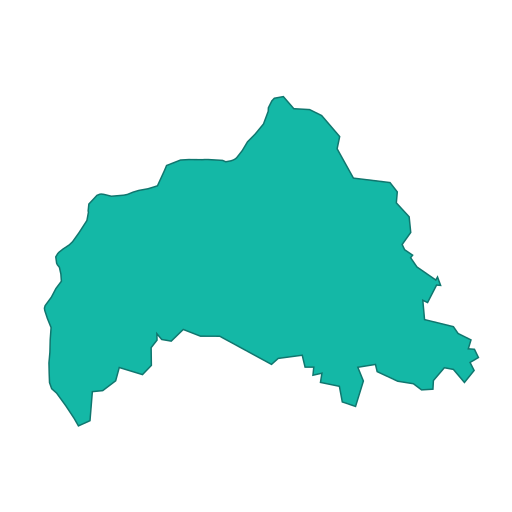 Tetovo, Tetovo, North Macedonia (orthographic projection), rotated 356°
{"feature_id": "65306769B82420997238505", "entity_name": "Tetovo", "entity_type": "district", "adm_level": 2, "iso_a3": "MKD", "parent_name": "North Macedonia", "parent_adm1": "Tetovo", "projection": "orthographic", "projection_center": [20.883, 42.045], "detail": "fine", "context": "isolated", "style": "filled", "palette": "teal", "viewbox_px": 512, "rotation_deg": 356, "n_neighbors": 0, "source": "geoboundaries", "source_scale": "gbopen_adm2", "svg_char_len": 1847}
<svg xmlns="http://www.w3.org/2000/svg" viewBox="0 0 512 512"><g transform="rotate(356 256 256)"><path d="M344.8,413.0L354.4,388.2L349.8,374.1L367.6,372.5L368.8,379.8L388.6,390.8L404.1,394.4L411.8,401.1L423.2,401.2L424.3,392.6L436.1,380.6L445.0,382.9L455.1,396.7L465.6,385.4L462.1,377.1L470.8,372.8L467.4,364.3L461.3,363.4L464.6,354.7L452.2,347.4L448.0,340.3L419.7,331.2L419.3,311.8L423.9,314.4L434.1,297.6L438.1,298.2L435.6,289.6L433.7,292.5L415.8,278.2L410.1,268.5L412.3,266.1L404.7,260.1L402.6,254.7L412.0,243.3L411.5,227.6L399.7,212.8L401.4,201.9L394.8,192.1L358.6,185.1L344.4,154.7L347.8,142.7L331.3,120.5L319.7,113.7L304.0,111.7L294.4,98.9L285.3,99.9L282.6,102.4L278.7,109.0L278.3,112.5L272.7,124.8L263.6,134.4L255.5,141.5L249.8,149.7L248.5,151.2L243.6,156.6L242.3,157.6L240.2,158.6L237.7,159.3L232.4,159.9L230.1,158.7L229.3,158.3L214.7,156.4L211.8,156.2L209.3,156.2L195.5,155.1L187.4,155.0L173.1,159.5L170.9,163.9L168.9,167.6L162.6,179.1L158.6,180.1L152.9,181.4L143.7,182.4L137.9,183.7L132.1,185.6L128.5,186.1L115.9,186.3L111.6,184.9L108.5,183.9L105.9,183.4L104.4,183.5L101.6,184.4L92.9,192.5L91.7,199.3L91.9,200.7L89.8,208.8L81.1,220.4L74.0,229.0L70.5,231.9L64.1,235.5L59.6,238.6L58.3,239.9L56.2,242.9L56.6,249.2L57.2,250.8L59.1,253.6L60.1,260.4L60.1,267.6L54.2,274.4L51.6,278.6L49.0,282.8L42.2,290.8L41.3,293.3L41.5,295.7L43.5,303.6L46.6,313.1L44.9,325.0L43.7,337.6L42.0,348.2L41.5,358.7L41.2,367.9L42.9,374.1L47.5,378.8L55.8,392.1L63.2,405.2L66.4,411.8L67.0,413.1L78.9,408.7L83.3,379.9L93.7,379.6L107.3,370.7L111.8,357.7L134.5,366.4L144.0,357.8L145.0,340.1L151.4,333.0L151.7,326.6L156.1,332.7L165.5,335.0L178.3,324.2L195.0,332.1L214.2,333.5L263.9,365.2L271.0,359.7L295.2,358.2L297.2,370.3L305.9,370.9L304.5,378.9L313.6,377.5L311.5,386.6L330.1,391.8L331.9,407.6L344.8,413.0Z" fill="#14b8a6" stroke="#0f766e" stroke-width="1.5"/></g></svg>